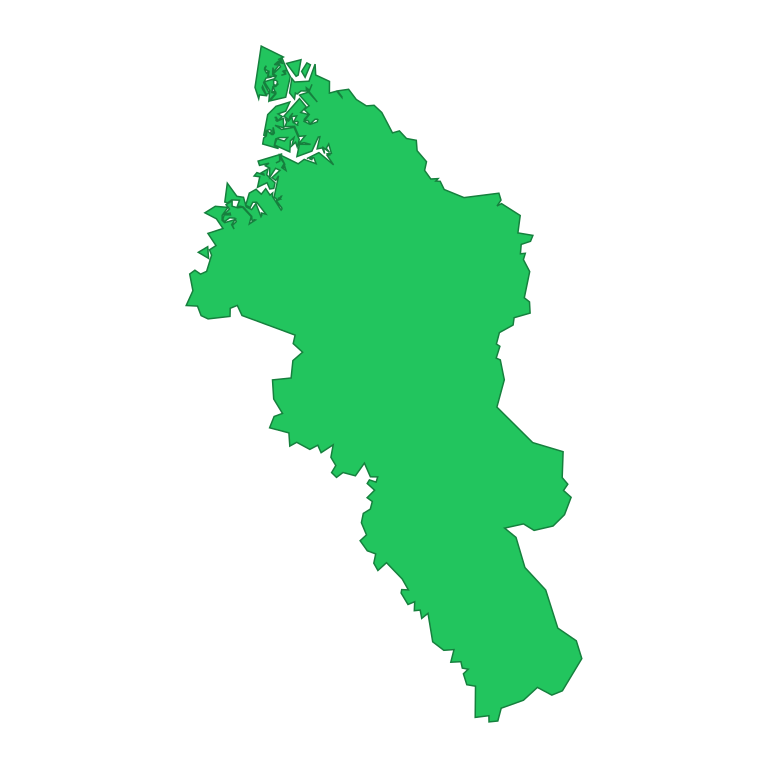 San Lorenzo, Esmeraldas, Ecuador (Mercator projection)
{"feature_id": "8360857B36933905288912", "entity_name": "San Lorenzo", "entity_type": "district", "adm_level": 2, "iso_a3": "ECU", "parent_name": "Ecuador", "parent_adm1": "Esmeraldas", "projection": "mercator", "projection_center": [-78.743, 0.975], "detail": "fine", "context": "isolated", "style": "filled", "palette": "green", "viewbox_px": 768, "rotation_deg": 0, "n_neighbors": 0, "source": "geoboundaries", "source_scale": "gbopen_adm2", "svg_char_len": 6026}
<svg xmlns="http://www.w3.org/2000/svg" viewBox="0 0 768 768"><path d="M581.8,658.6L576.3,640.8L557.8,628.1L545.7,590.0L524.9,567.5L516.0,537.4L504.6,528.1L523.5,523.9L534.1,530.4L553.1,526.0L564.5,514.7L571.1,497.3L563.5,490.5L567.8,484.2L562.2,477.6L563.1,451.7L532.7,442.6L496.9,407.1L504.3,379.8L500.3,359.9L496.2,358.1L499.9,346.3L496.4,344.0L499.4,332.6L513.1,325.0L514.1,317.7L530.1,313.1L529.5,301.9L524.3,297.8L529.7,271.6L523.4,259.6L525.3,253.3L520.4,253.8L521.2,244.4L530.5,241.3L532.9,235.4L517.9,232.9L520.2,215.5L501.5,203.6L497.0,206.0L501.0,200.1L498.9,193.2L464.0,197.6L444.2,189.5L440.2,181.3L435.8,181.1L438.1,178.6L430.8,179.0L424.6,170.4L426.5,161.7L417.1,150.7L416.3,140.3L406.5,138.5L399.4,130.9L392.5,132.9L381.8,112.5L374.1,105.3L366.4,105.9L356.3,99.5L348.6,89.3L337.5,90.9L341.9,96.7L341.9,97.5L336.7,91.1L329.4,93.1L329.5,81.4L315.7,75.0L315.1,64.1L309.0,81.2L294.6,82.0L291.8,78.4L289.6,92.9L294.5,99.0L295.4,93.0L297.1,94.0L301.1,90.9L308.3,91.1L306.4,89.5L306.3,87.7L309.5,90.3L312.0,84.3L309.1,91.6L317.3,102.0L308.5,92.1L299.5,95.1L309.1,105.8L304.3,109.6L309.3,114.5L304.4,120.8L307.8,120.5L310.2,124.0L315.0,119.3L317.2,119.2L317.9,119.6L317.2,121.9L310.1,124.4L304.2,121.5L304.3,119.2L308.5,114.6L300.7,112.5L306.2,106.9L299.5,98.6L283.9,116.2L289.1,119.9L289.9,116.6L292.8,113.1L290.3,116.8L296.7,115.9L293.7,122.1L297.4,121.3L298.3,122.3L297.1,124.8L298.4,125.6L293.1,122.5L291.8,117.2L288.5,121.1L285.6,119.3L286.7,122.2L285.1,126.6L294.6,126.3L298.9,136.4L305.2,135.8L298.6,143.8L304.1,142.6L310.6,144.4L299.4,144.3L296.9,156.6L311.9,151.1L318.3,137.0L319.9,136.7L317.1,148.9L322.3,147.9L324.6,153.5L323.4,147.6L329.5,152.4L326.3,148.2L328.7,144.0L331.4,153.4L326.3,153.9L330.6,154.6L327.2,155.5L333.6,164.9L318.9,152.6L306.9,158.6L311.7,156.6L309.9,158.9L311.8,159.7L312.5,158.0L313.1,157.7L313.9,157.8L316.1,163.7L304.2,159.4L298.2,163.8L280.1,154.9L284.8,164.3L282.2,167.8L283.7,168.7L283.7,166.6L284.7,166.1L286.0,170.5L281.8,167.6L284.2,163.5L279.9,157.8L279.8,161.1L275.9,163.0L279.7,160.9L279.5,155.4L280.0,154.6L282.3,153.8L258.1,161.1L259.5,165.4L269.0,163.2L265.3,165.8L269.7,168.1L269.6,177.5L275.6,168.3L280.0,170.3L272.0,177.6L275.7,180.4L278.6,175.8L274.1,197.2L276.0,198.4L276.9,200.5L278.4,198.8L280.1,199.0L279.0,198.0L280.0,197.7L281.0,196.3L281.5,196.2L280.1,199.2L276.5,200.9L281.7,207.7L282.0,208.9L281.1,210.1L272.4,196.4L272.7,192.9L270.0,195.1L265.7,188.7L261.3,194.2L256.0,189.3L249.3,193.1L245.7,205.3L250.2,207.4L252.7,202.3L256.7,202.2L266.0,214.2L261.5,213.0L261.8,215.2L261.0,216.7L255.9,203.6L251.6,209.6L246.2,206.9L243.5,197.3L236.9,196.3L227.3,183.2L224.8,202.0L227.6,202.9L231.8,199.9L239.5,200.2L237.1,206.8L240.3,206.2L243.2,206.9L251.7,216.3L252.1,221.7L254.2,219.7L255.5,220.0L249.3,224.0L251.2,216.6L242.5,207.2L237.6,207.8L232.1,206.2L232.1,200.8L226.0,204.7L229.5,209.0L224.2,214.5L230.1,213.1L230.5,214.9L224.3,214.8L222.8,219.3L224.5,221.6L229.6,217.8L234.9,218.2L236.3,221.6L232.4,225.4L234.1,229.1L231.6,224.7L235.2,219.5L224.7,222.7L222.1,220.3L222.2,215.3L227.9,207.4L215.3,206.3L204.9,212.8L216.4,218.8L223.0,228.5L207.9,233.4L216.0,245.6L209.5,249.8L211.6,255.2L206.6,271.4L200.5,274.1L194.9,270.2L189.7,274.0L192.9,290.7L186.2,305.5L197.5,306.1L201.1,315.6L208.1,318.9L230.0,316.4L230.2,308.3L237.3,305.4L242.0,315.5L295.1,335.1L293.2,343.6L302.6,352.2L292.9,360.6L291.1,378.0L272.5,379.9L273.7,399.0L282.5,413.4L274.1,416.5L269.6,427.8L288.9,432.9L289.8,446.1L296.7,442.3L309.8,449.4L317.8,445.2L321.1,452.7L333.2,444.8L330.9,457.3L335.8,465.5L331.6,472.6L336.5,477.4L343.0,472.5L355.4,475.8L364.4,463.1L370.4,476.8L377.7,476.9L376.1,482.1L369.4,479.9L367.2,483.5L374.6,490.2L367.1,497.7L372.3,501.5L370.3,509.1L363.3,513.4L361.4,522.7L366.5,534.9L360.1,540.7L367.3,550.8L375.7,553.9L373.8,563.2L377.9,570.5L386.5,562.7L402.2,579.0L408.4,589.9L401.7,589.6L401.1,593.0L408.0,604.5L414.7,601.7L414.3,610.7L420.2,610.1L421.7,618.4L428.0,613.3L432.7,641.8L443.8,650.3L454.0,649.6L450.8,662.2L460.9,661.7L462.3,668.1L468.2,669.2L463.4,673.8L466.8,684.7L475.5,686.2L475.2,717.4L488.9,715.7L489.0,721.9L497.8,721.0L501.2,708.2L523.5,700.2L537.4,687.4L551.8,695.1L562.4,690.8L581.8,658.6ZM285.7,111.2L289.8,102.0L276.0,106.3L267.7,114.6L263.8,135.2L265.6,135.9L266.1,131.0L269.2,129.6L270.7,129.9L271.4,130.9L270.3,133.3L272.8,134.0L273.2,127.3L274.4,133.0L273.2,134.5L271.8,134.6L267.0,130.7L266.3,135.8L263.7,138.0L262.7,144.0L278.5,148.6L274.3,145.5L275.7,139.0L279.1,137.6L287.6,137.5L284.4,141.1L277.0,138.7L274.6,145.0L289.8,151.9L290.4,140.8L294.0,137.5L291.8,145.8L295.6,142.2L297.2,146.9L299.3,139.5L294.0,127.3L281.7,129.5L275.0,125.3L283.8,127.8L283.2,118.5L277.1,121.3L276.0,120.4L276.4,117.9L274.6,117.5L276.2,117.3L278.0,120.5L282.4,116.6L278.0,113.9L285.7,111.2ZM283.3,57.0L261.2,46.1L255.0,87.4L258.7,98.7L259.5,94.9L267.2,95.8L266.1,95.1L262.5,89.1L262.1,87.5L262.6,86.2L266.2,94.5L269.3,93.2L263.6,82.8L266.0,78.1L269.8,77.4L267.7,76.5L268.4,71.6L266.5,73.1L264.5,69.5L264.7,67.7L266.3,65.7L264.8,69.0L269.0,71.6L268.2,76.4L274.9,76.5L272.6,74.4L272.9,67.6L273.9,71.5L278.9,65.1L277.5,63.5L276.8,64.9L274.8,64.6L274.7,64.4L278.2,61.4L281.6,62.9L278.7,59.3L283.3,57.0ZM286.9,70.0L282.4,58.9L280.5,58.8L282.3,63.2L278.2,62.2L280.5,66.8L273.2,73.9L276.3,75.8L273.7,80.2L276.1,80.3L277.5,81.7L276.8,84.4L278.4,83.6L275.8,86.4L273.2,86.8L274.7,91.1L272.1,92.4L275.4,91.6L275.8,92.2L275.8,94.0L269.9,100.9L285.7,97.2L290.3,76.6L287.2,70.6L283.4,71.4L285.5,72.8L285.6,74.1L281.3,75.3L285.4,73.8L283.1,71.6L283.3,70.9L286.9,70.0ZM268.0,168.9L261.1,172.9L263.9,174.0L264.0,175.0L256.9,172.6L254.1,176.0L259.8,176.8L257.5,187.3L267.0,182.7L269.8,189.0L273.8,188.4L275.0,182.9L266.7,174.8L268.0,168.9ZM301.0,59.7L286.6,63.4L296.1,76.3L298.2,75.1L301.0,59.7ZM273.6,79.0L264.3,81.8L269.8,90.5L268.9,100.7L275.5,93.5L271.8,92.5L272.9,86.6L276.0,85.2L273.7,84.7L273.6,79.0ZM208.6,258.4L207.7,246.7L198.3,252.3L208.6,258.4ZM305.1,77.3L310.4,64.8L306.9,62.9L301.6,71.4L305.1,77.3Z" fill="#22c55e" stroke="#15803d" stroke-width="1.5"/></svg>